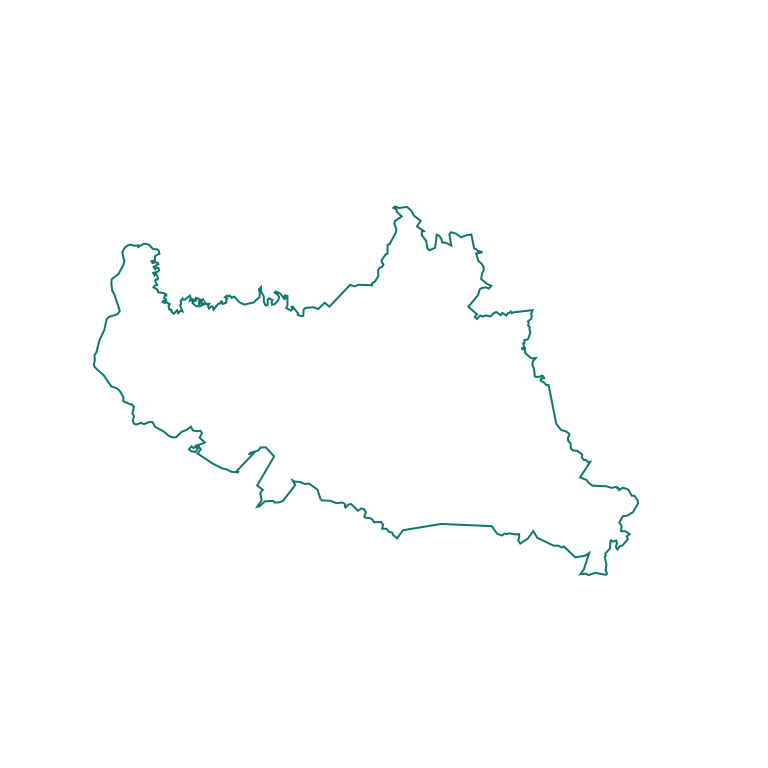 Misantla, Veracruz, Mexico, rotated 304°
{"feature_id": "50627088B97471764392590", "entity_name": "Misantla", "entity_type": "district", "adm_level": 2, "iso_a3": "MEX", "parent_name": "Mexico", "parent_adm1": "Veracruz", "projection": "albers", "projection_center": [-96.879, 19.959], "detail": "fine", "context": "isolated", "style": "outline", "palette": "teal", "viewbox_px": 768, "rotation_deg": 304, "n_neighbors": 0, "source": "geoboundaries", "source_scale": "gbopen_adm2", "svg_char_len": 6160}
<svg xmlns="http://www.w3.org/2000/svg" viewBox="0 0 768 768"><g transform="rotate(304 384 384)"><path d="M263.4,481.2L273.3,481.4L299.9,509.6L326.4,552.8L323.2,561.3L324.0,565.6L324.5,566.6L327.3,567.3L328.1,569.5L330.2,571.3L333.1,577.7L335.2,579.9L332.2,582.0L329.3,582.7L327.9,586.2L336.3,589.7L345.6,589.9L342.2,597.1L344.8,614.9L347.4,618.9L347.8,622.7L349.9,623.8L347.3,639.5L354.3,647.0L358.6,648.6L342.0,653.4L336.1,653.2L339.5,657.2L339.9,660.4L345.5,664.6L349.9,674.7L351.4,675.1L353.4,672.0L358.6,669.4L364.2,663.7L365.4,663.9L367.1,662.3L373.9,663.3L380.7,659.4L381.5,659.7L381.2,661.7L384.1,664.2L382.2,666.2L378.6,667.3L377.4,670.1L381.3,670.1L383.1,671.8L389.9,672.8L391.9,672.8L393.4,670.5L396.9,671.6L396.9,666.8L394.7,662.7L399.2,660.4L400.7,656.6L407.8,655.9L411.0,659.4L417.3,662.1L427.0,661.4L429.3,659.5L431.3,654.1L430.0,651.9L432.9,646.0L432.7,643.6L431.5,639.9L427.5,638.3L428.8,636.4L428.0,635.7L428.7,634.2L425.0,630.5L423.7,625.8L416.3,613.7L416.5,608.7L417.7,605.7L416.2,598.8L434.9,598.5L433.4,596.8L433.9,593.9L432.7,592.2L433.8,588.9L436.1,588.0L436.5,586.6L436.6,581.2L434.5,577.9L434.9,575.1L439.1,571.9L439.7,568.9L441.5,566.8L445.4,566.1L446.3,565.1L446.5,561.9L444.9,556.3L447.4,549.0L475.2,521.0L473.8,519.2L474.7,515.7L474.3,512.0L476.4,511.3L478.3,513.5L479.4,512.0L479.3,510.3L477.5,509.4L475.0,506.4L474.7,504.7L480.5,499.9L482.9,496.2L486.3,494.7L490.4,495.3L487.7,491.9L488.5,483.8L492.1,481.1L490.1,479.3L491.0,478.4L493.0,479.9L495.5,476.7L496.6,477.4L498.9,475.9L500.7,477.8L502.3,478.2L508.7,476.5L510.5,474.1L512.7,473.1L513.1,470.7L515.2,470.1L516.5,468.3L520.3,469.7L523.1,468.4L524.1,466.9L528.3,465.9L515.4,450.8L514.2,450.5L515.0,448.5L512.7,448.1L511.9,447.1L509.2,447.1L509.1,442.4L506.3,442.3L506.4,436.7L503.2,435.0L499.7,434.6L497.9,430.4L494.8,427.6L494.7,425.5L489.9,424.7L490.3,421.7L493.8,422.1L495.2,410.7L510.2,412.3L516.0,410.4L518.5,411.6L521.2,414.6L521.7,417.5L525.3,418.0L524.6,413.0L525.3,405.9L530.6,403.4L534.0,403.1L536.6,401.3L538.3,397.6L538.7,393.6L543.7,387.4L547.2,391.2L548.1,391.1L547.4,388.7L546.2,389.0L547.4,385.3L546.7,383.0L556.8,372.8L553.2,368.9L548.8,365.9L548.9,359.5L547.4,354.8L544.7,354.5L536.4,362.3L535.7,356.7L533.9,352.9L536.5,350.3L537.7,347.0L537.4,344.2L525.5,350.1L520.3,346.9L520.9,343.9L526.1,339.1L528.5,332.1L531.5,330.1L533.0,331.5L533.1,323.2L539.7,323.2L540.4,314.4L542.9,309.9L543.7,304.0L538.3,298.1L537.3,293.9L535.3,293.3L535.7,296.9L533.8,298.4L532.9,305.0L525.1,301.9L522.8,303.0L518.9,308.0L516.5,309.1L503.0,310.4L501.6,309.0L494.0,314.0L492.4,312.9L485.3,312.8L483.5,314.3L482.9,316.7L479.7,316.9L478.2,315.4L475.0,315.4L470.3,318.9L464.0,319.3L460.5,317.7L459.2,318.9L451.9,307.3L448.3,304.8L447.3,300.5L417.6,295.5L418.2,289.3L409.4,287.6L408.1,282.5L403.2,276.4L400.7,275.8L395.5,278.9L394.0,277.6L393.1,273.8L394.6,273.0L397.1,264.9L396.2,264.3L394.8,266.2L392.8,265.9L392.3,260.5L395.3,259.9L403.0,254.7L402.2,252.4L401.2,252.4L400.2,254.3L398.7,254.0L400.9,247.9L400.7,245.0L399.8,242.3L398.6,242.3L398.7,245.8L397.5,248.4L394.0,249.5L389.1,248.7L387.1,246.9L388.5,245.3L391.3,244.6L390.8,240.7L388.5,240.6L384.7,243.3L383.4,242.8L383.1,241.7L384.7,238.8L389.5,235.2L391.9,230.2L395.6,227.9L392.5,227.3L390.7,229.6L386.6,232.2L378.8,230.3L371.7,223.8L370.9,218.3L372.8,211.0L370.2,209.5L371.0,206.7L369.7,206.1L369.6,204.5L366.9,203.6L367.1,206.3L365.2,206.3L363.3,207.8L360.2,205.6L361.8,203.4L361.1,202.7L359.3,203.3L357.7,201.7L350.4,201.1L352.0,199.4L352.1,197.6L348.7,196.6L350.4,194.3L352.7,194.3L350.9,192.0L351.6,189.7L349.9,190.6L346.5,188.5L349.3,188.3L348.9,186.8L351.5,186.1L352.3,187.2L352.9,186.7L351.4,185.0L349.5,185.2L350.9,184.4L351.0,183.4L346.0,186.6L344.0,185.9L343.5,184.5L343.9,180.1L344.9,179.5L348.2,181.5L350.6,181.1L350.2,179.9L348.4,180.6L346.6,178.7L347.5,178.7L347.3,177.8L344.5,176.5L347.3,175.6L348.7,173.7L342.5,171.7L341.0,169.6L341.6,169.2L339.2,169.0L336.9,171.1L335.2,171.0L331.5,176.4L330.9,174.3L327.6,173.7L329.5,171.2L324.7,170.5L325.2,167.2L326.6,166.2L325.7,164.4L328.3,161.6L330.4,161.7L330.1,158.3L328.7,157.0L328.2,154.7L329.8,154.5L331.1,157.0L332.3,156.0L332.5,153.6L334.8,152.8L335.6,154.0L336.4,153.5L336.3,150.6L333.7,145.5L335.6,143.4L335.3,138.8L337.2,138.8L339.2,140.6L341.5,136.6L343.0,136.3L344.1,137.9L345.6,137.3L348.5,132.7L345.8,133.0L347.0,130.5L350.6,133.6L352.8,134.0L354.0,131.9L353.1,130.4L351.2,130.1L352.2,127.5L357.2,129.9L357.7,128.9L357.4,126.7L354.8,124.5L355.8,122.6L358.4,124.9L362.3,122.7L366.4,125.0L368.7,122.4L368.7,120.5L366.7,117.0L368.0,111.8L367.1,108.1L365.7,106.4L360.2,103.6L361.5,102.7L359.0,99.7L357.5,95.7L355.7,94.1L352.1,92.9L346.9,93.3L340.4,100.2L337.2,101.3L326.8,102.4L318.8,99.7L315.4,101.3L309.1,106.8L307.7,110.1L296.9,124.1L292.9,124.1L285.7,118.3L282.4,117.9L272.1,122.0L260.4,123.8L249.4,127.9L245.9,127.9L241.9,131.0L237.6,132.7L236.2,134.8L234.4,146.9L229.5,159.2L231.0,164.6L230.6,168.5L227.4,175.3L224.0,177.4L225.3,185.5L226.2,186.1L225.2,189.4L218.8,192.0L217.6,194.7L213.3,196.2L211.3,198.6L211.7,201.1L215.9,204.4L216.5,207.4L221.5,210.9L222.9,213.6L220.5,218.2L221.4,228.2L220.6,235.0L221.8,239.1L223.6,241.4L231.5,243.1L235.6,246.2L240.6,247.7L238.6,251.5L240.4,255.6L242.5,257.8L241.7,260.5L236.4,261.2L235.3,268.2L228.7,263.6L228.6,264.3L226.7,263.8L227.5,262.5L224.3,262.1L224.7,259.4L220.8,258.8L220.4,261.6L222.1,265.7L228.5,265.7L227.4,268.6L222.2,268.3L222.2,286.0L223.5,296.8L225.4,302.0L225.7,306.1L228.9,312.1L229.7,312.2L229.7,310.6L253.3,314.6L250.9,311.6L251.8,311.5L258.7,317.0L262.3,317.1L265.4,321.5L262.5,333.4L229.0,335.6L228.5,342.7L224.4,342.4L219.1,347.6L211.2,347.5L212.8,349.1L220.2,350.9L225.1,357.5L224.7,359.9L227.5,363.5L230.5,365.6L250.5,366.9L253.0,362.2L253.3,364.8L255.8,369.1L256.7,373.9L259.6,377.9L259.2,388.0L253.4,395.2L252.8,397.6L257.2,404.8L258.6,411.1L262.5,415.9L262.6,418.9L260.2,420.3L260.1,421.2L264.3,421.9L266.1,424.0L264.4,433.3L268.2,434.9L269.0,437.3L267.6,440.7L263.2,441.7L262.7,442.9L265.1,447.8L265.0,450.7L263.7,452.9L268.0,458.7L266.9,461.8L263.0,463.4L265.4,467.2L264.2,470.8L265.4,473.9L263.9,476.0L263.4,481.2Z" fill="none" stroke="#0f766e" stroke-width="2"/></g></svg>